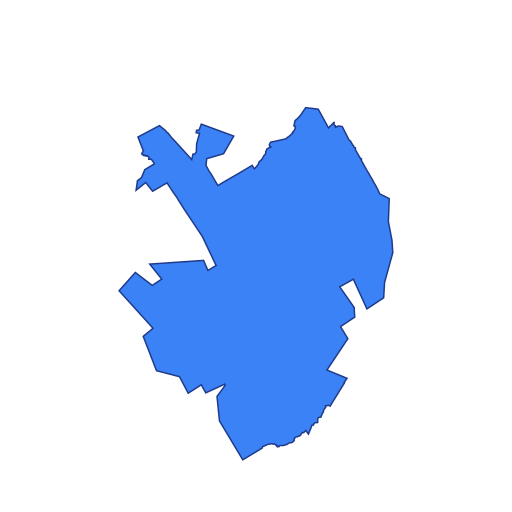 the district of Gran Morelos, Chihuahua, Mexico, rotated 48°
{"feature_id": "50627088B37419828791353", "entity_name": "Gran Morelos", "entity_type": "district", "adm_level": 2, "iso_a3": "MEX", "parent_name": "Mexico", "parent_adm1": "Chihuahua", "projection": "albers", "projection_center": [-106.583, 28.304], "detail": "fine", "context": "isolated", "style": "filled", "palette": "blue", "viewbox_px": 512, "rotation_deg": 48, "n_neighbors": 0, "source": "geoboundaries", "source_scale": "gbopen_adm2", "svg_char_len": 5843}
<svg xmlns="http://www.w3.org/2000/svg" viewBox="0 0 512 512"><g transform="rotate(48 256 256)"><path d="M181.2,168.8L181.2,169.1L181.4,169.6L181.9,171.0L182.1,171.4L182.4,171.8L182.7,171.9L182.9,172.1L183.2,172.2L183.6,172.3L184.2,172.2L184.5,172.1L184.8,172.0L184.9,171.9L185.0,171.9L185.0,172.0L184.9,172.3L184.5,173.1L184.2,174.4L183.8,176.0L183.8,176.3L183.9,176.6L184.5,177.8L184.9,178.7L185.0,178.9L185.3,179.2L185.8,179.7L186.1,180.1L186.4,180.4L186.5,180.6L186.6,181.6L186.7,182.5L186.7,182.9L187.1,183.8L187.2,184.2L187.9,186.3L188.1,186.7L188.1,186.9L188.1,187.4L188.1,190.0L188.1,190.5L188.2,190.8L188.2,191.0L188.8,191.8L189.0,192.2L189.2,192.6L189.4,193.2L189.5,193.7L189.6,194.1L189.7,194.5L189.8,195.6L189.9,196.5L190.0,197.1L190.1,197.7L190.0,198.9L186.1,198.2L183.1,213.2L180.0,227.7L178.1,237.2L164.5,234.4L162.0,234.2L155.2,232.5L150.7,227.5L158.3,211.7L152.0,192.3L121.4,208.4L124.3,213.9L122.8,216.1L124.4,218.0L127.0,215.8L132.9,225.1L138.8,230.8L139.2,233.3L138.1,234.7L141.4,239.3L139.4,239.3L127.5,239.3L115.7,239.4L110.9,239.5L106.2,239.1L105.4,239.2L104.6,239.3L103.5,239.4L102.0,239.3L101.1,239.4L99.7,239.7L94.5,240.5L88.6,264.1L101.5,269.0L101.8,269.0L102.0,269.1L102.3,269.0L102.5,269.7L102.6,270.1L102.8,270.3L103.1,271.1L103.2,271.6L103.2,272.0L103.4,272.2L103.9,272.6L104.5,272.7L105.0,272.5L105.3,272.0L105.5,271.9L105.8,271.9L106.2,272.2L106.5,272.1L106.7,271.9L106.6,271.6L106.6,271.4L106.9,271.3L107.2,271.3L107.4,271.2L107.5,271.1L107.5,270.9L107.6,270.7L107.9,270.7L108.2,270.7L108.4,270.7L108.5,270.5L108.5,270.4L108.4,270.1L108.5,269.9L108.5,269.7L109.1,269.7L109.5,269.7L109.8,269.6L110.2,269.6L110.5,269.5L110.6,269.4L110.8,269.4L111.0,269.6L111.8,270.5L112.1,270.9L112.3,271.0L112.5,270.9L112.9,270.6L113.2,269.9L113.7,269.3L114.1,269.1L118.1,269.5L118.9,269.6L119.3,269.8L119.5,270.3L119.2,271.4L117.4,280.9L121.1,288.6L120.7,293.7L126.9,301.1L127.6,288.8L138.7,289.5L140.7,280.0L140.8,279.0L142.2,273.2L152.9,274.9L160.1,275.7L161.0,275.9L162.3,276.3L163.4,276.4L166.4,276.9L173.9,278.2L205.5,282.8L219.2,286.9L236.4,292.0L234.5,301.4L224.2,297.9L190.9,340.4L210.1,341.5L208.4,352.8L187.5,356.7L190.2,381.0L240.8,380.9L240.3,392.3L240.3,393.6L274.7,406.7L294.5,393.6L312.6,398.2L315.1,382.8L324.1,384.9L330.3,364.9L331.4,365.3L333.1,373.2L334.2,378.9L354.1,393.5L398.6,402.2L402.9,379.8L402.6,379.5L402.3,379.0L402.2,378.6L402.3,378.2L402.5,377.5L402.7,377.2L402.8,376.7L403.0,376.2L403.3,375.1L403.7,373.8L404.1,372.9L404.6,372.2L405.0,371.5L405.8,370.3L406.0,370.0L406.5,369.7L407.1,369.3L407.4,369.1L407.5,368.7L407.7,368.4L408.1,368.2L408.3,367.9L408.5,367.7L409.2,367.8L409.4,367.9L409.6,367.8L410.2,367.2L410.5,367.1L410.8,367.4L410.8,367.7L411.0,367.8L411.3,367.8L411.6,367.9L411.8,367.8L412.1,367.7L412.3,367.6L412.5,367.4L412.6,367.1L412.6,366.8L412.8,366.6L413.0,366.4L412.8,366.2L412.5,366.1L413.3,364.4L414.2,363.6L414.5,363.3L414.7,363.0L415.4,362.0L415.8,361.0L416.0,360.6L416.1,360.4L416.3,360.1L416.8,359.0L417.0,356.7L417.5,355.8L417.9,355.3L418.2,354.9L418.6,354.3L418.7,353.4L418.8,352.7L418.8,352.3L418.8,352.0L418.7,351.6L418.7,351.1L418.4,350.6L417.5,350.1L417.3,349.8L417.1,349.3L417.1,349.1L417.1,348.7L417.3,348.4L417.3,348.2L417.2,347.9L417.2,347.6L417.3,347.1L417.6,346.6L418.1,346.3L418.3,345.0L418.6,344.4L418.9,344.1L418.9,343.8L418.8,343.7L419.0,343.1L418.1,339.8L418.8,339.1L419.2,338.8L418.9,335.8L423.4,336.2L421.0,331.0L419.1,327.6L419.6,326.9L420.1,326.5L420.0,326.1L419.7,325.7L419.4,325.5L419.2,324.2L419.5,323.6L420.1,322.8L420.6,322.3L420.9,321.7L420.8,321.2L420.3,320.8L419.9,320.5L419.5,320.2L418.9,319.7L418.2,319.1L418.0,318.6L417.9,318.1L417.9,317.6L418.2,316.9L418.7,316.5L419.0,316.0L419.1,315.3L418.7,314.6L418.4,314.0L418.2,313.5L417.9,313.1L417.4,312.2L417.3,311.3L417.1,310.7L416.8,310.1L416.2,309.5L415.7,308.6L415.3,306.8L415.2,306.1L415.1,305.6L414.9,305.4L413.8,304.7L414.5,304.2L415.0,302.4L416.0,301.8L417.2,301.4L416.0,297.6L412.9,286.7L412.2,284.5L409.5,275.2L409.0,275.2L407.8,270.2L388.2,279.6L378.9,243.1L365.0,240.4L367.5,223.5L362.6,219.7L360.0,217.5L334.9,214.4L338.4,199.2L361.4,206.4L369.5,209.0L372.5,189.1L361.8,178.3L345.1,152.2L335.4,144.5L319.0,134.6L302.5,118.6L292.6,122.5L287.4,120.8L286.8,120.7L286.3,120.6L284.2,120.0L283.4,119.9L282.0,119.5L281.7,119.5L281.2,119.5L277.2,118.4L272.9,117.6L270.0,116.9L268.3,116.6L267.8,116.6L255.0,113.6L254.6,113.4L254.6,113.2L254.5,112.9L254.5,112.6L254.4,112.6L254.2,112.8L254.0,113.2L253.9,113.2L253.5,113.1L253.4,113.0L253.2,112.9L252.2,112.9L244.5,111.2L244.2,111.1L243.9,111.1L243.7,111.1L243.0,110.5L242.7,110.1L242.2,109.8L241.9,109.8L241.7,110.0L241.3,110.3L240.9,110.4L240.5,110.3L240.2,110.1L239.9,110.0L239.5,109.8L239.1,109.8L238.7,109.9L237.9,109.7L236.1,109.4L234.5,109.0L233.8,108.9L233.0,109.0L232.5,109.2L232.0,109.2L217.5,105.3L214.6,107.7L214.3,108.4L214.1,109.2L213.9,109.6L213.8,110.2L213.7,110.8L213.1,110.7L212.8,110.4L212.6,109.9L212.4,109.8L212.2,109.9L211.8,110.2L211.5,110.1L211.0,110.1L210.5,110.1L210.1,109.9L209.8,109.6L209.6,109.2L209.3,108.9L209.2,108.6L208.9,108.6L209.3,116.4L188.5,111.5L179.0,119.8L181.2,128.8L181.4,131.0L181.6,132.6L181.6,134.6L181.5,135.8L181.5,136.3L181.8,136.8L182.3,137.4L182.7,138.1L183.4,138.9L183.9,139.8L184.3,140.4L184.7,140.7L185.1,140.7L185.5,140.3L185.8,140.1L186.1,140.1L186.3,140.2L186.4,140.5L186.9,141.0L187.1,141.2L187.4,141.3L187.6,141.4L187.7,141.6L187.7,142.0L187.7,142.3L187.8,142.7L188.4,143.8L188.5,144.0L188.4,144.6L188.5,145.0L188.6,145.3L188.7,145.5L188.7,145.8L188.5,146.0L188.6,146.3L188.8,146.3L189.2,146.5L189.3,146.7L189.3,146.9L189.2,147.6L189.2,148.4L189.2,148.8L189.2,149.2L189.2,150.7L189.2,151.5L189.3,151.9L189.2,152.4L189.1,152.6L188.9,152.9L188.8,153.3L188.8,153.8L189.0,154.4L189.1,154.6L189.1,155.0L183.3,165.4L181.2,168.8Z" fill="#3b82f6" stroke="#1e3a8a" stroke-width="1.5"/></g></svg>